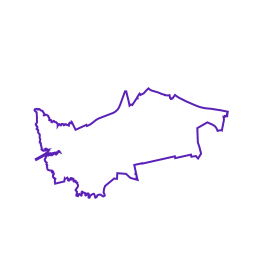 outline of Albert-Eden Local Board Area, Auckland, New Zealand, rotated 333°
{"feature_id": "76426892B596097138687", "entity_name": "Albert-Eden Local Board Area", "entity_type": "district", "adm_level": 2, "iso_a3": "NZL", "parent_name": "New Zealand", "parent_adm1": "Auckland", "projection": "natural_earth1", "projection_center": [174.717, -36.878], "detail": "fine", "context": "isolated", "style": "outline", "palette": "violet", "viewbox_px": 256, "rotation_deg": 333, "n_neighbors": 0, "source": "geoboundaries", "source_scale": "gbopen_adm2", "svg_char_len": 5523}
<svg xmlns="http://www.w3.org/2000/svg" viewBox="0 0 256 256"><g transform="rotate(333 128 128)"><path d="M66.9,91.2L66.6,90.2L65.8,89.8L65.4,88.7L65.4,88.3L65.1,88.0L64.0,88.3L63.3,88.0L62.1,88.7L62.3,88.4L62.5,87.8L63.0,87.3L63.1,86.4L62.9,85.7L62.0,85.6L61.8,85.4L61.6,85.5L61.4,85.2L62.0,84.4L62.2,83.6L62.4,83.3L62.4,83.0L62.2,82.4L62.4,81.4L62.3,80.8L62.1,80.7L61.5,79.4L60.9,78.9L59.3,78.5L57.9,78.9L58.8,78.5L59.3,78.1L59.9,78.2L59.9,77.2L59.7,76.6L59.8,75.8L59.5,74.9L59.6,74.0L58.2,72.6L58.0,71.7L57.5,70.8L57.2,70.7L56.3,70.8L56.2,70.0L55.3,69.5L54.5,69.5L53.8,69.0L53.2,69.3L52.8,69.8L52.8,70.3L53.4,71.7L53.4,71.9L53.6,72.1L53.7,72.5L52.5,75.4L51.9,76.5L51.7,77.3L51.0,78.4L49.8,81.1L48.9,82.2L48.3,82.3L47.9,82.7L47.5,82.8L47.3,84.3L47.7,85.1L47.6,85.3L47.8,85.6L47.6,86.2L46.8,87.3L46.6,87.1L46.3,87.3L46.7,87.7L46.7,88.1L47.0,88.6L46.6,89.0L46.8,89.6L45.9,91.1L45.9,91.5L46.0,91.9L46.0,92.3L46.4,93.0L46.2,94.3L45.8,94.8L44.8,96.6L44.7,98.3L42.9,100.5L42.8,100.8L42.8,101.0L43.4,101.4L43.4,101.9L42.5,103.8L42.6,104.3L42.5,105.0L42.3,105.7L42.0,106.1L41.8,107.4L41.7,107.7L41.2,108.0L42.1,109.8L42.3,109.9L42.5,109.8L42.9,109.9L43.8,110.5L44.3,110.6L44.7,110.3L45.1,110.3L45.9,110.1L45.5,109.1L45.3,109.1L45.9,109.6L45.9,109.9L46.6,110.6L46.8,111.3L47.3,111.4L47.0,111.5L46.3,111.4L46.5,111.7L46.1,111.6L45.6,112.5L45.8,112.9L40.3,113.6L31.7,113.8L31.7,114.8L44.1,114.5L46.5,115.0L46.3,115.2L46.5,115.4L46.9,115.5L47.0,116.3L47.6,116.0L48.9,116.0L51.1,116.7L51.8,116.7L52.0,116.9L52.0,117.1L52.3,117.2L52.8,117.9L53.4,118.2L53.4,117.7L53.6,117.4L54.7,117.5L55.1,117.4L55.5,117.0L55.9,117.1L56.2,117.3L56.4,118.4L56.4,118.6L55.9,117.9L55.8,117.5L55.5,117.4L53.8,118.3L53.7,118.3L53.3,118.4L53.0,118.7L52.1,118.7L51.8,118.9L51.7,118.7L51.9,118.0L51.7,117.7L50.8,117.5L50.4,117.5L50.2,117.4L49.0,117.5L48.5,117.9L48.5,118.5L48.3,117.9L47.9,117.6L47.1,117.4L46.4,116.9L46.2,116.1L44.6,116.4L43.2,115.7L41.9,116.3L41.1,117.3L40.5,117.4L40.1,117.8L39.5,118.2L39.3,118.6L39.4,119.3L39.1,120.1L39.5,121.3L39.8,121.6L39.9,121.9L39.4,122.3L39.1,123.1L39.1,124.2L38.8,124.1L38.8,124.6L38.2,125.6L38.0,126.9L37.6,127.7L37.5,128.5L37.6,128.8L39.4,130.7L40.0,130.7L40.4,130.3L40.2,130.9L40.8,131.3L41.0,131.7L40.8,132.3L40.1,133.1L40.3,133.4L40.7,133.8L41.0,133.7L40.9,133.9L41.3,134.6L41.0,135.0L40.8,135.6L40.3,135.9L39.8,135.9L39.0,137.3L39.2,138.1L39.1,138.8L39.9,139.3L39.9,140.2L40.1,140.4L39.3,141.0L39.1,141.5L38.6,142.2L37.8,144.5L47.0,146.7L48.4,144.7L48.4,144.9L51.4,144.7L51.4,145.2L51.3,145.6L51.6,146.2L50.9,147.5L51.0,147.7L51.6,148.1L52.3,147.4L52.6,147.3L53.6,148.1L54.0,147.7L53.8,147.2L53.9,146.9L54.3,146.6L54.6,146.7L55.0,147.3L55.8,147.8L56.0,148.1L55.3,148.5L55.5,148.8L55.9,148.6L56.2,148.9L55.7,149.9L55.7,150.7L55.4,150.7L55.4,151.1L55.8,151.3L57.0,151.0L57.4,151.3L57.4,151.6L57.0,152.2L57.1,153.2L57.8,153.4L58.0,153.6L57.5,154.5L57.6,155.6L57.4,156.4L56.8,157.3L55.5,158.2L54.5,158.5L53.9,159.2L53.3,159.3L53.1,159.9L53.6,161.5L53.1,162.1L53.0,162.7L52.6,163.2L52.9,163.9L52.6,164.3L52.0,164.1L51.5,164.2L51.3,164.8L52.4,166.0L54.2,164.8L54.5,165.2L55.0,165.0L55.3,165.5L55.5,166.8L55.8,167.1L56.1,166.9L57.0,165.3L57.5,165.5L57.8,165.4L57.4,164.7L57.4,164.3L58.0,163.8L58.3,163.9L58.5,164.7L59.1,165.2L59.2,165.5L59.6,165.7L60.4,166.8L60.4,167.3L59.9,167.5L59.5,168.3L59.7,168.9L60.3,168.8L61.8,167.9L62.3,168.0L63.0,168.4L63.1,168.7L63.0,169.3L62.6,169.6L62.3,169.7L61.9,170.3L62.0,171.8L61.6,171.8L61.3,172.0L61.6,172.5L62.3,172.5L62.8,171.8L63.4,171.4L65.2,170.9L65.9,170.8L67.7,171.1L67.8,171.4L67.8,172.5L67.6,173.5L67.2,175.1L67.3,175.3L68.6,175.3L70.3,174.0L72.6,174.5L73.4,175.0L74.4,177.1L74.8,177.7L76.3,177.8L76.7,177.4L76.9,176.1L77.0,175.9L76.9,174.5L79.2,171.1L79.9,170.6L81.2,169.3L92.7,166.7L95.1,168.3L98.0,163.4L105.4,168.0L107.5,173.6L113.0,178.6L113.2,177.5L112.6,177.0L113.1,175.9L113.6,176.0L114.4,173.0L113.7,172.7L113.8,172.4L114.0,172.5L114.1,172.2L114.5,172.4L116.8,163.8L124.6,165.8L124.5,166.2L156.9,174.5L156.4,176.3L172.0,180.3L171.4,182.4L175.8,183.8L176.2,185.7L176.6,187.0L181.5,184.0L183.0,177.3L183.7,172.5L189.7,159.6L201.2,159.0L204.9,163.5L206.1,165.5L206.5,167.0L206.7,168.5L206.7,169.7L206.5,171.2L210.4,172.3L210.6,172.7L217.2,164.3L218.2,161.5L218.8,162.2L219.2,162.0L219.7,161.2L220.6,161.8L221.5,162.2L221.3,162.4L221.6,162.6L222.6,161.1L222.2,160.9L222.8,160.2L223.1,160.4L224.3,158.8L218.9,154.5L210.6,148.5L206.0,145.6L203.3,143.5L200.9,141.3L198.2,138.3L192.0,130.8L187.1,124.1L185.6,121.5L184.9,119.9L181.2,121.8L180.5,121.9L179.4,121.6L179.6,120.7L179.2,120.6L179.1,120.4L179.6,118.7L179.9,117.6L179.1,117.4L177.6,116.7L175.7,115.4L175.8,115.1L173.7,113.2L170.9,109.9L165.9,105.2L165.0,103.9L164.2,102.0L161.7,102.7L157.6,104.3L154.2,104.2L154.3,103.5L154.0,102.6L150.1,104.8L150.0,106.0L148.8,105.7L142.9,109.1L142.7,108.9L142.4,109.1L142.5,109.3L142.2,109.5L141.1,108.4L139.5,108.8L140.6,105.0L142.8,95.5L143.1,94.6L142.0,94.0L131.6,103.7L129.5,105.4L128.2,106.3L127.2,106.8L124.9,107.5L123.3,107.8L121.4,107.8L106.1,106.2L103.4,106.3L97.0,107.6L94.4,107.7L92.3,107.6L92.4,106.3L80.5,105.8L80.6,97.3L80.5,97.0L79.7,98.2L79.2,98.0L78.6,96.9L78.0,97.2L77.3,97.3L77.0,97.6L77.0,97.9L76.9,98.2L76.4,99.0L75.9,98.6L75.8,98.1L74.7,97.3L74.5,96.6L74.1,96.2L73.4,96.0L72.7,96.6L71.9,96.3L72.0,95.2L70.7,94.3L70.0,94.5L69.4,95.2L68.8,94.8L68.9,94.1L68.7,93.5L68.4,93.2L67.9,93.2L67.2,93.5L66.6,94.0L66.3,94.2L66.6,93.6L66.4,93.0L66.5,93.2L66.8,92.9L67.0,92.3L67.0,91.9L66.8,91.4L66.9,91.2Z" fill="none" stroke="#5b21b6" stroke-width="2"/></g></svg>